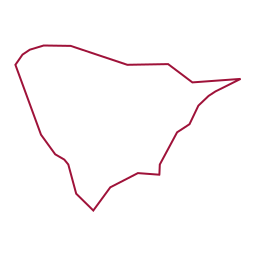 the Municipality of Rogaška Slatina
{"feature_id": "SVN-982", "entity_name": "Rogaška Slatina", "entity_type": "Municipality", "adm_level": 1, "iso_a3": "SVN", "parent_name": "Slovenia", "parent_adm1": "", "projection": "albers", "projection_center": [15.648, 46.24], "detail": "fine", "context": "isolated", "style": "outline", "palette": "rose", "viewbox_px": 256, "rotation_deg": 0, "n_neighbors": 0, "source": "natural_earth", "source_scale": "10m", "svg_char_len": 428}
<svg xmlns="http://www.w3.org/2000/svg" viewBox="0 0 256 256"><path d="M159.3,174.7L137.9,173.1L110.3,187.3L93.3,210.5L92.7,209.9L76.2,193.7L68.3,164.5L64.3,159.6L55.2,154.3L41.0,134.7L15.4,64.8L22.5,54.6L29.8,49.7L43.7,45.5L70.7,45.9L127.3,64.8L168.1,64.1L192.4,82.4L240.6,78.9L215.5,91.4L208.6,95.9L198.4,105.6L189.5,124.2L177.1,132.3L159.8,164.5L159.4,174.3L159.3,174.7Z" fill="none" stroke="#9f1239" stroke-width="2"/></svg>